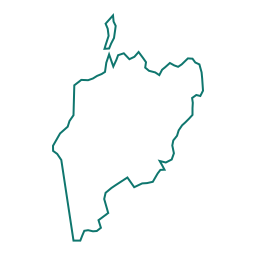 Jaqueira, Pernambuco, Brazil (Equal Earth projection)
{"feature_id": "56859067B82313432077576", "entity_name": "Jaqueira", "entity_type": "district", "adm_level": 2, "iso_a3": "BRA", "parent_name": "Brazil", "parent_adm1": "Pernambuco", "projection": "equal_earth", "projection_center": [-35.799, -8.742], "detail": "fine", "context": "isolated", "style": "outline", "palette": "teal", "viewbox_px": 256, "rotation_deg": 0, "n_neighbors": 0, "source": "geoboundaries", "source_scale": "gbopen_adm2", "svg_char_len": 1219}
<svg xmlns="http://www.w3.org/2000/svg" viewBox="0 0 256 256"><path d="M109.1,54.4L106.3,62.7L105.0,71.9L101.7,74.0L97.1,75.9L92.9,78.5L88.1,80.2L81.3,79.9L74.3,85.3L73.5,115.2L69.5,121.0L67.7,126.7L60.1,133.4L53.0,145.8L53.1,150.9L57.2,153.9L61.3,160.0L73.5,240.6L80.3,240.6L82.3,235.5L84.3,230.8L88.1,230.2L93.0,231.3L96.8,231.0L100.9,227.8L98.5,220.2L108.2,213.0L104.2,199.0L105.6,192.8L111.4,188.0L115.4,185.3L127.4,177.5L134.2,187.2L142.2,183.4L147.0,183.1L152.8,181.8L157.7,173.4L160.4,169.9L164.5,169.7L162.2,165.4L159.7,161.0L165.8,162.5L171.7,159.5L173.9,153.3L172.3,145.5L173.3,140.4L177.0,135.8L178.7,130.3L182.1,125.3L185.3,122.4L188.9,118.8L192.5,114.9L192.5,108.2L192.8,102.8L192.1,98.0L196.3,95.0L200.3,96.0L203.0,90.7L202.2,78.8L201.6,72.4L199.4,64.4L195.3,62.5L192.5,58.7L187.9,58.4L181.7,64.4L178.1,66.8L174.2,65.4L169.9,63.0L165.3,67.1L162.1,69.7L159.3,75.1L155.2,72.4L149.0,70.8L145.2,67.6L146.0,62.2L143.2,58.2L138.6,52.0L134.4,56.8L129.4,59.2L123.8,53.3L118.1,55.2L116.4,59.8L113.3,66.5L109.1,54.4ZM113.0,15.4L105.6,23.7L107.7,28.7L108.6,35.9L105.9,44.2L104.5,48.8L109.1,48.5L111.2,43.4L114.0,38.0L115.0,31.0L115.7,25.9L113.6,21.6L113.0,15.4Z" fill="none" stroke="#0f766e" stroke-width="2"/></svg>